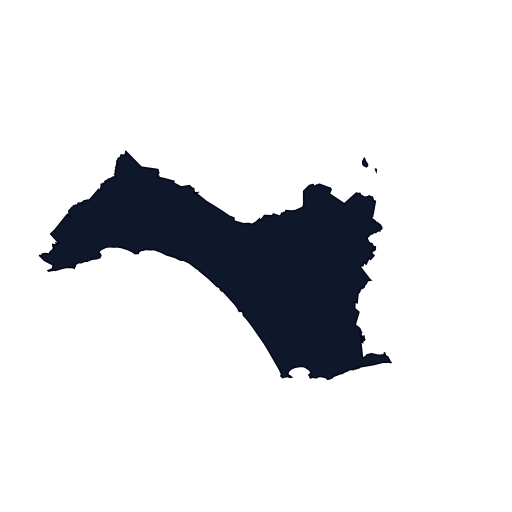 Comondú, Baja California Sur, Mexico, rotated 310°
{"feature_id": "50627088B21176552123181", "entity_name": "Comondú", "entity_type": "district", "adm_level": 2, "iso_a3": "MEX", "parent_name": "Mexico", "parent_adm1": "Baja California Sur", "projection": "albers", "projection_center": [-111.876, 25.447], "detail": "fine", "context": "isolated", "style": "filled", "palette": "ink", "viewbox_px": 512, "rotation_deg": 310, "n_neighbors": 0, "source": "geoboundaries", "source_scale": "gbopen_adm2", "svg_char_len": 6062}
<svg xmlns="http://www.w3.org/2000/svg" viewBox="0 0 512 512"><g transform="rotate(310 256 256)"><path d="M252.4,89.0L252.1,89.1L251.2,90.3L250.8,90.0L249.4,90.6L248.1,89.8L246.7,87.7L243.6,88.8L242.8,87.9L242.1,87.7L240.6,88.4L239.6,88.3L238.3,89.1L237.9,90.0L236.9,90.1L236.8,90.7L236.3,91.0L235.8,90.8L234.5,91.6L233.3,91.7L233.0,93.1L231.4,93.0L228.9,95.2L228.3,95.5L227.8,95.1L226.6,97.5L225.9,97.2L225.0,96.0L220.0,94.1L220.3,93.7L217.5,93.0L216.2,92.3L215.6,92.5L215.2,93.6L214.1,94.3L213.6,92.3L212.4,92.2L211.5,91.3L208.7,93.6L208.1,93.3L207.8,93.6L207.0,95.0L205.9,94.8L205.9,92.6L191.3,92.4L191.1,91.5L187.7,88.8L186.1,88.6L184.4,89.0L184.6,88.0L183.7,87.7L182.2,85.8L181.2,86.5L180.2,86.4L178.9,85.0L177.9,85.0L177.2,83.9L176.0,84.4L175.1,83.8L173.8,83.7L173.2,84.6L172.6,83.8L170.4,83.5L166.6,87.0L166.6,84.7L146.5,85.2L140.9,84.5L139.2,96.5L138.7,96.5L137.9,95.7L137.5,94.7L137.3,95.2L136.1,95.2L136.9,95.8L136.8,96.3L135.9,95.7L135.5,94.8L134.6,94.1L134.5,92.9L134.2,92.8L132.9,94.1L133.0,94.6L132.5,95.4L131.4,96.0L128.9,96.2L127.5,95.7L126.1,95.8L124.8,96.5L122.0,92.4L121.2,92.2L120.3,91.0L119.1,91.4L118.0,91.2L117.2,89.4L116.6,96.8L118.8,106.6L115.1,108.2L111.2,106.1L111.1,106.9L115.0,110.0L116.1,111.6L122.6,115.9L125.4,118.2L129.3,123.0L129.8,124.7L130.7,124.1L132.3,124.1L133.4,123.2L135.9,123.9L137.4,124.9L138.4,126.4L141.6,128.0L143.8,130.4L145.5,130.9L148.6,132.9L151.4,135.6L154.4,137.5L156.7,136.8L157.4,135.7L157.2,135.3L157.4,133.7L158.8,132.9L161.3,133.1L166.6,135.6L169.3,138.3L171.8,141.8L173.4,143.3L175.7,146.9L178.6,153.9L179.8,158.5L179.9,161.7L182.3,164.2L183.7,163.2L184.6,163.9L186.4,164.4L188.6,166.4L189.9,167.0L193.6,172.0L194.9,173.2L195.8,174.8L198.0,180.9L199.3,186.6L202.9,195.0L204.1,200.4L206.3,203.4L207.8,209.4L208.2,219.0L208.8,220.2L208.3,221.7L208.4,234.3L207.6,245.6L208.1,247.0L208.3,249.8L207.7,249.8L207.3,250.6L207.1,251.9L207.7,252.7L207.7,254.4L205.5,270.5L204.2,276.0L203.2,277.4L202.9,278.5L203.1,279.3L203.9,279.8L204.5,280.9L204.1,283.1L202.9,283.7L202.4,285.1L201.7,290.2L200.0,297.7L194.4,318.2L192.1,325.2L183.9,347.5L182.0,351.4L180.1,352.2L180.4,352.8L179.8,354.4L180.1,354.8L181.7,355.4L182.3,356.4L183.5,357.1L184.1,357.8L184.6,359.7L186.0,361.1L186.1,360.1L185.7,356.7L186.5,355.9L188.9,355.1L191.9,355.5L195.5,357.2L197.5,358.8L200.3,361.4L201.9,363.6L202.4,365.1L203.0,369.2L202.8,371.0L202.0,373.0L200.9,373.7L200.2,373.1L198.9,372.9L198.4,374.6L197.5,375.7L198.0,376.5L199.9,377.1L199.7,377.8L201.5,380.6L203.6,381.2L205.5,383.3L207.5,387.1L207.9,389.3L207.5,390.0L209.4,391.6L209.8,391.5L210.9,392.0L211.0,392.4L211.9,392.3L212.1,392.7L213.2,392.5L220.6,396.6L220.9,397.2L221.4,397.2L221.9,397.8L223.3,398.0L226.5,399.8L228.7,400.5L230.0,401.6L231.4,403.5L231.8,403.2L232.3,403.4L233.0,404.5L234.0,405.3L235.3,405.8L235.7,406.4L236.3,406.4L236.9,407.0L237.3,406.9L238.5,407.5L248.6,416.1L256.4,421.7L258.3,424.2L259.2,424.8L260.9,427.4L261.2,428.5L261.3,425.9L262.1,425.3L262.2,424.4L263.0,423.0L263.4,421.5L262.8,420.5L263.1,419.5L262.9,419.0L264.5,416.9L263.9,416.7L262.7,417.8L262.5,418.4L262.2,418.4L262.0,417.2L261.1,416.0L259.5,414.8L259.0,413.7L258.0,413.0L257.8,411.8L256.9,411.4L257.1,410.2L255.8,408.8L255.8,407.6L251.5,404.5L249.2,404.7L248.3,404.1L246.4,403.8L246.1,403.4L258.6,390.4L259.3,391.0L259.9,390.4L261.0,390.4L261.7,390.6L261.9,391.5L261.7,391.9L260.6,391.2L260.0,391.7L260.4,392.4L259.8,392.5L259.2,392.1L259.5,391.9L258.6,391.7L258.8,392.0L258.5,392.5L258.5,391.9L258.0,392.2L258.0,391.8L258.0,392.2L258.2,392.6L258.9,392.9L258.6,392.7L259.2,392.6L261.3,393.1L262.6,393.1L261.4,393.0L262.2,392.6L261.6,392.8L261.3,392.0L262.2,392.1L263.5,390.8L263.1,390.5L263.9,390.2L262.7,389.0L262.2,389.2L262.9,390.1L261.5,389.5L260.6,388.8L260.6,388.4L261.2,388.5L261.0,388.1L261.9,387.8L262.6,388.3L262.5,388.1L263.1,387.5L262.8,387.1L263.3,386.6L262.7,386.3L262.8,385.6L263.7,385.7L264.2,386.1L264.4,386.1L264.2,385.7L264.5,385.8L265.1,386.2L267.2,381.9L267.0,376.2L279.2,370.9L279.2,365.4L284.2,361.4L285.2,363.6L292.5,358.5L295.6,358.3L297.5,357.3L301.3,358.9L303.7,358.0L305.5,358.2L308.8,357.4L311.3,359.5L311.3,357.7L314.8,342.1L317.3,344.1L321.0,342.8L320.5,345.6L327.0,343.9L327.1,346.0L332.2,346.1L332.5,341.9L333.6,342.1L334.1,341.6L334.2,342.4L334.9,342.2L334.8,341.8L335.5,342.5L335.9,341.9L336.3,342.3L335.9,342.6L336.5,343.2L337.1,342.7L337.8,343.1L338.2,342.4L338.1,342.0L338.9,341.6L339.1,342.0L339.8,341.5L339.7,341.0L338.1,340.3L339.2,338.8L340.0,336.9L339.9,336.4L339.2,335.8L339.1,333.3L341.2,329.2L344.6,329.7L346.1,329.4L347.5,330.8L348.2,330.2L348.7,330.9L349.4,330.9L351.2,332.8L351.8,332.6L353.8,333.3L354.8,334.8L355.7,334.0L357.4,334.8L358.1,334.6L359.0,333.5L358.7,332.9L359.7,331.7L359.5,327.0L358.0,325.2L359.4,324.9L359.2,320.1L360.1,319.6L361.4,319.9L363.7,318.3L364.0,318.4L374.7,312.2L373.9,310.4L376.0,307.2L375.1,306.0L375.1,304.9L374.4,304.3L374.5,303.9L372.6,303.2L370.7,301.0L370.0,296.6L370.8,295.3L369.5,294.2L368.8,292.4L352.7,290.1L350.8,272.2L355.4,270.7L355.7,268.9L355.1,267.9L351.7,258.3L349.6,258.1L349.8,256.9L346.8,256.4L347.4,253.7L344.4,251.6L336.3,250.8L326.2,259.4L323.5,260.5L315.9,256.9L312.8,253.7L310.1,249.7L307.7,250.3L306.8,248.9L305.7,249.4L305.1,248.2L302.1,249.2L299.4,242.3L297.4,242.7L292.5,236.4L286.4,236.8L286.4,235.1L286.7,234.8L281.8,234.2L277.7,232.6L276.3,229.6L272.6,225.5L268.7,216.6L271.0,214.7L269.3,209.7L268.4,200.4L266.4,186.2L265.6,186.2L266.3,184.5L265.7,183.0L265.9,182.0L265.6,172.3L264.7,170.4L267.1,170.6L265.6,169.0L263.5,169.0L265.1,168.2L266.6,165.7L267.4,165.4L267.6,164.7L267.2,164.3L266.8,162.1L267.1,161.8L267.2,159.8L260.8,154.3L258.9,145.8L260.5,145.1L256.0,135.3L253.7,131.2L254.6,130.4L254.3,130.2L254.7,128.6L256.7,128.3L257.6,127.7L257.9,126.7L258.8,126.0L259.1,125.1L250.3,110.9L252.3,90.6L252.0,90.2L252.4,90.0L252.4,89.0ZM399.0,278.9L400.9,275.7L399.5,276.7L397.2,276.8L395.1,278.7L394.6,280.2L395.3,283.3L396.8,283.4L398.0,282.4L399.0,278.9ZM399.6,292.0L399.3,291.7L398.3,293.5L399.6,292.7L399.6,292.0Z" fill="#0f172a" stroke="#020617" stroke-width="1.5"/></g></svg>